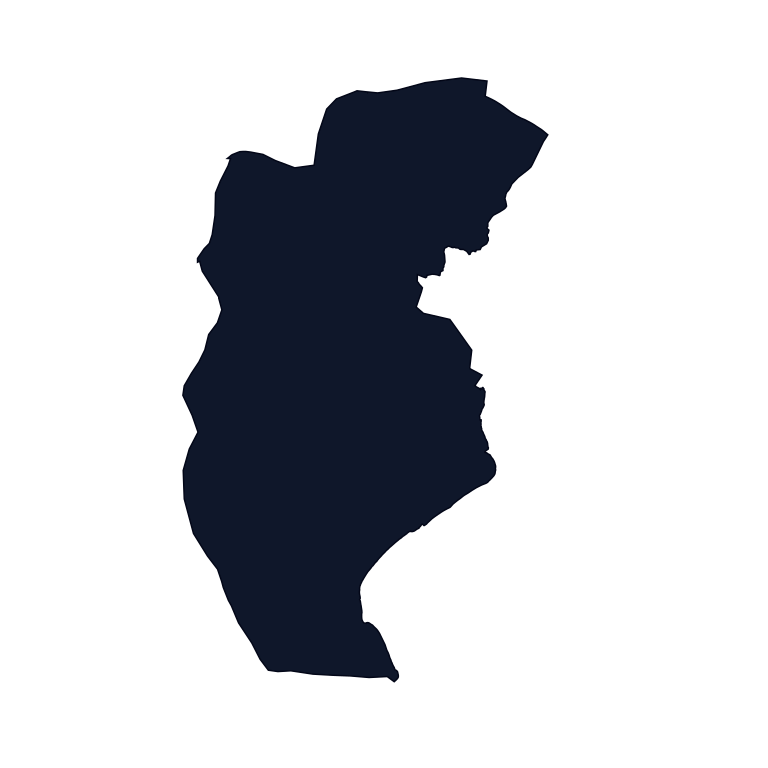 the district of Penajam Paser Utara, Kalimantan Timur, Indonesia, rotated 345°
{"feature_id": "22746128B96540112180119", "entity_name": "Penajam Paser Utara", "entity_type": "district", "adm_level": 2, "iso_a3": "IDN", "parent_name": "Indonesia", "parent_adm1": "Kalimantan Timur", "projection": "mercator", "projection_center": [116.659, -1.202], "detail": "fine", "context": "isolated", "style": "filled", "palette": "ink", "viewbox_px": 768, "rotation_deg": 345, "n_neighbors": 0, "source": "geoboundaries", "source_scale": "gbopen_adm2", "svg_char_len": 6093}
<svg xmlns="http://www.w3.org/2000/svg" viewBox="0 0 768 768"><g transform="rotate(345 384 384)"><path d="M521.9,272.2L522.4,270.3L522.5,269.5L522.4,269.3L522.2,268.8L522.2,267.0L522.5,266.1L523.1,265.6L523.7,265.2L524.4,264.1L525.2,262.5L524.4,261.4L523.8,260.1L524.0,259.5L525.1,258.6L526.0,255.1L531.1,250.7L533.3,249.3L540.5,247.6L545.5,246.0L547.0,245.2L548.4,243.9L548.7,241.0L548.7,240.2L548.8,239.8L548.8,236.8L548.9,235.8L549.9,234.2L550.9,232.1L552.1,230.7L552.7,230.1L554.1,229.4L555.7,228.0L557.2,226.4L558.2,225.1L559.3,223.8L567.1,219.1L578.6,214.2L581.9,212.5L584.1,210.3L600.7,191.1L603.9,188.3L606.7,185.7L602.9,180.3L601.9,179.0L598.0,174.7L596.2,172.6L594.0,170.3L588.5,165.2L585.2,162.7L581.3,159.1L576.7,154.1L571.2,146.9L569.0,144.3L566.3,141.4L564.3,139.3L563.1,138.2L561.7,136.9L558.7,134.3L556.2,132.3L561.9,118.0L538.1,108.5L501.7,103.6L472.6,103.6L453.2,101.2L443.9,97.7L443.8,97.8L443.8,97.7L433.8,93.8L431.0,94.2L411.9,96.3L399.8,103.6L385.3,125.5L373.1,154.6L353.7,152.1L336.8,140.0L326.5,130.9L315.3,125.5L310.6,123.6L308.4,123.0L304.9,122.3L302.5,122.5L296.8,123.2L295.5,123.6L293.9,124.4L291.1,125.6L294.1,126.6L289.8,133.0L278.4,145.7L270.7,155.9L264.4,177.5L256.7,195.3L251.7,203.0L245.3,206.8L236.4,214.4L235.4,218.1L237.7,217.7L237.7,228.0L246.9,257.1L246.6,258.3L246.6,261.8L246.6,270.4L238.9,281.8L227.5,290.8L219.8,304.7L210.9,314.9L200.8,323.8L190.6,334.0L186.8,342.9L190.6,364.6L191.9,382.4L179.1,396.4L167.7,415.5L161.3,443.4L161.3,479.1L169.0,504.5L175.3,519.8L176.1,532.5L176.1,538.9L177.7,552.7L179.2,558.7L181.7,577.1L189.3,600.0L193.1,617.8L198.2,630.5L207.1,634.3L219.8,636.9L240.2,645.8L259.3,652.1L275.8,657.2L293.6,663.6L311.4,667.4L316.8,674.2L318.8,673.2L320.8,672.0L321.3,671.5L322.0,670.7L322.4,669.3L322.5,668.3L322.6,665.5L322.0,664.1L321.3,663.4L320.8,663.1L320.6,662.5L320.5,660.5L320.4,660.2L319.8,657.9L319.8,657.5L319.6,656.4L319.6,655.7L319.4,654.8L319.2,654.0L319.2,652.4L318.8,650.3L318.7,648.6L318.7,647.1L318.4,644.5L317.9,642.3L317.8,641.5L317.5,636.0L315.1,623.7L314.0,620.3L313.3,618.8L311.4,615.7L310.5,613.9L309.7,613.2L307.7,610.9L307.1,610.5L306.3,610.2L305.5,610.1L304.8,610.2L304.6,610.5L303.1,609.8L302.5,609.3L302.1,608.2L301.8,606.7L301.7,605.4L301.9,604.5L302.1,603.3L302.9,600.4L303.5,599.1L303.9,597.2L304.5,591.9L304.5,591.3L304.9,588.0L304.9,586.8L304.6,586.1L304.6,585.9L304.8,585.7L305.3,585.2L305.6,584.7L305.9,582.7L305.9,581.6L306.1,579.7L306.5,578.1L307.2,576.6L307.5,575.1L308.3,573.2L309.5,571.6L309.6,571.1L309.9,570.9L310.6,570.2L312.2,568.2L312.4,568.1L312.7,567.7L312.9,567.7L313.6,566.9L318.1,562.6L318.9,562.0L319.7,561.2L323.5,558.6L325.0,557.3L325.6,556.9L326.2,556.7L327.5,555.7L329.2,554.4L330.2,553.7L330.4,553.8L331.5,553.1L332.0,552.6L333.5,551.5L334.1,551.1L337.2,549.2L337.8,548.7L342.1,546.2L342.7,545.7L345.2,544.5L347.3,543.2L348.1,542.9L349.1,542.4L353.9,540.0L357.5,538.4L358.4,537.9L360.8,537.1L361.7,536.6L363.2,535.9L364.3,535.6L364.6,535.4L365.9,535.0L366.4,534.7L367.2,534.5L367.7,534.1L370.1,533.1L370.8,533.2L371.2,533.1L371.8,533.1L371.9,533.5L372.2,533.6L373.3,533.9L374.6,533.9L375.4,533.8L378.4,532.7L380.1,532.4L380.6,532.2L380.7,531.8L380.8,531.7L381.6,531.3L382.4,530.8L383.2,530.2L383.7,529.5L384.2,529.3L384.8,529.3L385.0,529.4L385.2,529.9L385.9,531.0L386.2,531.1L386.6,531.1L387.7,530.6L388.5,530.4L389.4,529.9L389.7,529.6L395.3,526.6L398.5,525.3L403.4,523.5L403.6,523.5L403.7,523.2L403.8,523.1L404.5,523.2L406.1,522.6L409.1,521.7L412.4,520.9L415.6,520.3L416.3,520.0L419.6,517.8L422.2,516.6L425.0,515.4L428.2,514.2L431.3,512.8L432.9,512.2L437.1,511.0L441.4,509.5L446.5,508.0L452.2,506.8L456.7,506.3L458.6,505.8L460.4,504.6L461.5,504.1L462.3,503.6L464.0,502.6L466.4,501.0L467.9,499.5L469.1,496.8L469.6,496.0L469.8,494.4L469.9,493.9L470.3,493.3L470.6,492.0L470.5,488.3L470.3,486.8L469.6,484.2L469.4,483.7L469.0,483.3L468.1,480.0L466.1,478.1L465.8,477.6L465.4,477.1L464.4,476.5L463.8,476.4L463.6,475.9L464.1,475.4L464.9,475.0L466.0,474.5L467.6,474.0L467.9,473.6L468.1,473.2L468.3,472.7L468.3,472.1L468.1,471.6L468.3,470.6L468.5,469.1L468.7,468.2L468.7,466.6L468.3,465.2L468.2,463.9L467.8,463.2L467.7,462.7L467.8,461.3L467.6,459.5L467.3,458.4L467.2,457.0L467.0,455.7L466.7,455.0L466.5,453.7L466.6,452.9L466.8,452.4L466.8,451.9L466.6,450.9L466.8,450.7L466.9,450.1L466.8,449.6L466.9,449.0L467.3,448.0L467.7,446.1L468.3,444.9L468.5,443.7L468.2,443.6L468.0,443.8L467.8,443.8L467.5,443.6L467.4,443.0L467.8,441.4L467.9,440.1L468.3,438.7L468.6,438.4L469.1,438.2L469.3,437.9L471.2,435.3L472.3,433.5L473.2,432.8L475.0,430.7L475.4,430.0L475.5,429.4L475.5,428.5L475.7,427.3L476.3,426.0L476.4,425.3L476.6,424.8L476.8,424.7L476.7,424.3L476.8,424.1L477.3,423.7L478.0,422.1L479.1,418.8L479.3,418.5L479.6,417.6L479.5,417.0L479.1,416.1L479.0,415.5L479.2,415.0L479.3,414.6L478.8,414.2L478.8,413.3L478.4,412.8L478.3,412.3L478.3,412.9L478.6,413.2L478.6,413.5L478.6,414.0L478.3,414.0L477.7,414.3L477.2,414.2L476.8,414.0L476.8,413.6L476.7,413.4L475.7,414.5L475.5,414.3L475.9,413.9L475.7,413.7L476.0,413.6L475.9,413.3L475.3,413.3L475.2,413.2L472.1,410.3L472.1,410.1L472.1,409.9L471.4,409.1L481.0,400.8L471.1,391.6L471.0,390.5L477.5,374.0L466.4,344.2L464.3,338.7L455.9,334.2L440.4,326.0L435.0,318.0L443.7,305.0L444.2,304.2L446.0,301.0L445.1,299.0L443.9,296.9L443.4,295.1L442.6,293.5L444.6,286.9L449.6,290.7L451.7,292.1L452.0,292.0L452.4,291.9L452.9,291.5L453.0,291.5L453.5,290.2L459.0,290.4L460.3,290.9L460.8,291.0L463.4,292.2L464.4,292.8L464.9,293.2L465.6,293.6L466.1,293.5L466.5,292.7L466.7,292.1L467.7,290.2L470.3,289.7L470.6,288.6L470.7,287.7L471.3,287.1L472.1,286.3L472.7,284.4L473.2,283.9L473.3,283.6L473.9,282.9L474.3,282.3L474.6,281.5L475.8,275.3L475.9,273.9L475.9,271.9L477.3,269.2L477.5,268.9L478.1,268.4L479.5,268.2L481.7,267.5L482.5,267.7L482.7,268.0L483.3,268.3L484.9,269.6L485.7,270.0L486.8,270.2L487.4,270.0L488.5,271.0L491.2,271.9L492.0,273.3L493.0,273.9L495.6,274.6L498.3,277.3L499.7,280.9L500.8,280.9L501.9,279.2L504.4,278.4L505.9,279.5L506.8,279.8L507.9,278.4L511.7,279.0L513.6,276.8L519.4,275.1L521.9,272.2Z" fill="#0f172a" stroke="#020617" stroke-width="1.5"/></g></svg>